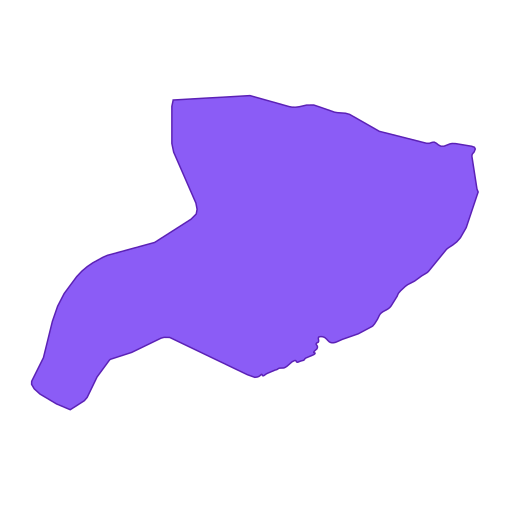 SVG path tracing the border of Gedarif, rotated 272°
{"feature_id": "SDN-876", "entity_name": "Gedarif", "entity_type": "State", "adm_level": 1, "iso_a3": "SDN", "parent_name": "Sudan", "parent_adm1": "", "projection": "equal_earth", "projection_center": [34.825, 14.186], "detail": "fine", "context": "isolated", "style": "filled", "palette": "violet", "viewbox_px": 512, "rotation_deg": 272, "n_neighbors": 0, "source": "natural_earth", "source_scale": "10m", "svg_char_len": 2290}
<svg xmlns="http://www.w3.org/2000/svg" viewBox="0 0 512 512"><g transform="rotate(272 256 256)"><path d="M407.0,314.9L402.5,329.4L402.1,332.3L401.8,340.5L400.8,344.6L384.9,374.9L374.6,422.6L374.7,425.4L375.6,427.7L375.9,428.9L376.0,430.2L375.0,432.3L373.4,434.4L372.2,436.9L372.3,440.1L374.8,445.9L375.3,448.1L375.3,451.6L373.2,467.7L372.3,470.5L370.6,471.4L367.7,470.4L366.7,469.7L366.1,469.1L365.3,468.6L364.0,468.3L363.1,468.3L330.6,474.5L327.9,475.7L327.7,475.8L327.5,475.7L291.7,465.1L281.3,459.6L277.1,456.1L273.9,452.3L271.0,448.1L269.4,446.2L246.5,428.8L245.3,427.5L242.0,422.4L236.5,415.4L232.7,408.6L230.8,406.2L226.4,401.8L223.8,399.7L222.0,398.9L220.8,398.5L210.7,392.7L209.2,391.5L208.4,390.6L207.6,389.6L204.7,384.7L203.4,383.1L202.3,382.1L201.1,381.4L197.0,379.6L192.4,376.9L190.0,375.0L181.8,360.9L175.7,345.2L172.8,339.2L172.3,337.9L172.0,336.4L171.9,334.9L172.2,333.4L172.8,332.2L174.4,330.4L175.3,329.6L176.1,328.6L176.9,327.6L177.4,326.3L177.7,324.9L177.7,323.4L177.5,322.4L177.1,321.4L176.4,321.2L175.4,321.2L174.2,321.5L173.1,321.6L172.0,321.2L171.1,319.6L170.4,319.2L169.8,319.2L168.0,320.5L166.7,320.6L165.3,320.1L163.4,318.1L162.3,317.2L161.6,317.1L161.0,318.4L160.4,318.3L159.4,317.1L155.7,309.2L155.0,308.4L154.1,308.0L153.4,307.1L153.0,305.7L152.4,303.9L151.3,301.5L151.3,300.7L151.7,300.1L152.3,299.8L152.6,299.6L152.9,299.2L152.9,298.4L152.5,297.5L151.5,295.7L146.9,290.8L145.8,289.2L145.1,287.8L145.0,286.8L144.8,283.9L144.7,283.2L144.5,282.7L143.2,280.8L142.6,278.9L139.1,271.4L138.6,270.5L136.8,268.1L136.5,267.4L136.6,266.8L136.9,266.5L137.7,266.2L137.9,265.9L137.8,265.4L137.2,264.7L136.5,264.1L135.7,263.0L135.1,261.5L134.7,259.0L137.1,251.5L171.6,172.6L171.5,167.0L170.6,164.0L155.3,135.1L147.8,114.4L147.5,113.9L147.2,113.4L129.6,101.4L108.8,92.2L105.4,89.5L95.9,75.7L101.2,61.8L110.5,44.9L115.5,39.0L119.9,36.2L123.0,36.2L146.9,47.1L183.6,54.8L198.9,59.5L211.8,65.6L229.1,77.5L234.8,82.5L239.5,87.7L243.6,93.3L249.4,103.1L251.5,107.5L266.0,154.2L290.6,189.9L295.9,194.8L300.6,195.5L306.8,194.1L356.9,170.1L365.5,168.0L402.7,166.7L408.9,167.8L409.0,167.8L410.3,181.8L412.0,199.9L413.6,217.8L416.1,244.4L406.5,283.8L406.0,286.9L406.1,290.5L406.7,294.1L408.6,301.3L408.9,308.5L407.0,314.9Z" fill="#8b5cf6" stroke="#5b21b6" stroke-width="1.5"/></g></svg>